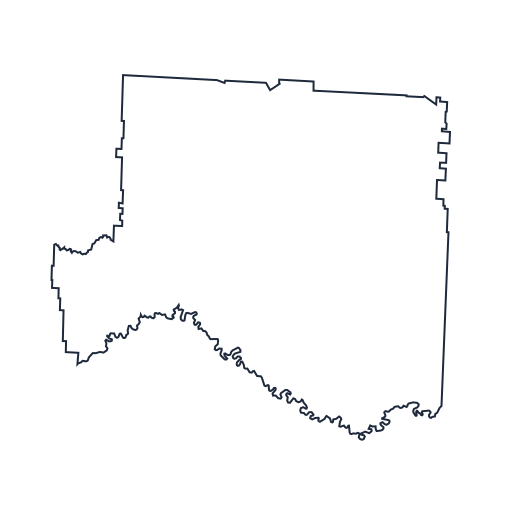 Berrigan, New South Wales, Australia, rotated 354°
{"feature_id": "25037944B79892386490083", "entity_name": "Berrigan", "entity_type": "district", "adm_level": 2, "iso_a3": "AUS", "parent_name": "Australia", "parent_adm1": "New South Wales", "projection": "equal_earth", "projection_center": [145.601, -35.752], "detail": "fine", "context": "isolated", "style": "outline", "palette": "slate", "viewbox_px": 512, "rotation_deg": 354, "n_neighbors": 0, "source": "geoboundaries", "source_scale": "gbopen_adm2", "svg_char_len": 6084}
<svg xmlns="http://www.w3.org/2000/svg" viewBox="0 0 512 512"><g transform="rotate(354 256 256)"><path d="M142.7,62.2L136.5,107.6L138.8,107.9L136.5,125.0L134.9,124.9L133.4,135.5L128.4,134.7L127.2,143.0L133.1,143.9L128.7,176.4L130.7,176.7L128.8,189.8L125.2,188.7L124.5,193.9L128.4,194.6L127.6,200.2L125.4,199.8L124.5,206.0L126.7,206.9L126.0,212.2L117.9,211.0L115.7,226.6L113.1,224.6L113.1,223.4L112.2,221.9L110.6,221.5L109.9,222.0L109.4,219.8L106.1,219.6L106.1,220.8L105.2,221.8L103.8,220.9L102.0,221.7L101.2,223.5L98.8,223.5L96.5,226.6L94.7,227.0L92.8,232.3L89.6,232.9L89.2,234.6L88.1,235.0L87.0,236.3L85.4,235.8L83.8,236.3L82.1,235.0L81.6,233.6L79.1,234.1L77.1,232.4L75.6,232.0L74.2,232.4L73.2,233.6L72.3,232.0L72.8,230.3L72.4,229.7L71.3,229.4L70.3,230.3L68.4,230.7L67.3,229.0L65.9,228.6L66.1,227.4L63.8,229.0L62.8,228.9L62.2,229.7L61.4,229.1L61.6,227.2L60.7,226.5L60.5,224.9L59.6,225.0L58.2,223.1L56.5,223.7L53.7,244.6L52.0,244.3L50.1,258.5L50.9,258.6L49.8,266.4L56.4,267.4L55.1,277.4L56.9,277.7L55.3,289.3L58.9,289.9L55.0,320.4L58.2,320.8L56.8,331.7L69.2,333.7L67.1,344.9L67.9,344.2L70.8,343.5L72.7,342.1L75.7,343.0L77.4,342.6L78.1,341.8L79.1,339.4L83.5,335.5L86.5,335.9L90.7,335.1L94.3,336.1L97.7,334.3L98.6,332.5L97.4,330.0L98.1,327.3L97.3,324.5L98.2,323.6L100.8,325.5L102.7,325.6L103.8,325.1L103.9,323.7L101.3,322.6L99.6,320.3L99.8,319.7L100.9,320.4L102.1,320.1L102.8,318.2L103.5,317.7L106.9,318.3L107.7,321.6L109.1,322.8L110.6,322.3L112.3,319.1L113.5,319.0L115.1,323.0L115.7,323.7L116.8,323.8L117.8,323.2L118.8,320.8L120.0,320.5L120.7,319.6L120.6,316.5L122.2,312.3L123.9,312.3L124.8,314.8L126.0,316.0L128.1,317.0L129.5,316.7L130.6,315.3L130.4,312.7L132.1,311.5L133.5,309.7L132.7,306.0L134.9,304.1L135.3,302.4L136.1,304.5L136.8,305.0L137.9,304.9L138.9,303.7L141.5,305.9L142.4,306.1L143.8,305.0L144.8,305.1L145.7,306.5L147.4,307.2L148.8,306.3L149.0,303.3L149.6,302.3L150.5,302.2L152.5,303.3L153.9,302.6L156.4,304.8L159.4,304.6L160.4,307.8L161.9,308.9L165.5,310.0L167.7,308.7L167.5,307.7L167.0,307.7L167.2,308.6L166.6,307.8L166.7,306.2L169.5,304.3L169.6,302.9L168.5,301.8L168.6,300.7L171.9,299.1L174.0,296.6L174.1,297.4L173.0,299.7L173.8,301.6L176.5,301.4L177.8,302.2L174.6,309.0L174.7,311.1L175.9,312.6L177.4,312.9L178.2,312.5L179.6,307.2L180.8,305.4L181.9,305.4L185.4,306.8L189.5,305.4L190.6,305.8L191.1,307.1L190.7,308.0L188.0,308.9L187.1,310.2L187.2,311.3L188.8,313.3L187.3,315.8L187.7,317.8L188.7,318.2L189.6,317.9L191.5,315.9L193.1,316.4L193.5,317.3L193.2,318.2L191.2,320.5L191.3,322.6L194.1,322.3L195.6,325.0L197.8,325.5L198.9,327.2L199.3,329.5L200.7,331.0L201.4,333.2L202.0,333.9L209.2,334.6L209.5,336.2L208.7,339.8L206.1,341.6L205.2,344.4L206.4,345.5L207.7,345.4L209.7,344.2L212.1,344.6L212.1,345.8L210.4,349.4L210.5,351.2L214.0,355.5L215.5,355.9L216.6,355.1L214.3,351.7L214.3,349.8L215.2,349.7L217.6,351.6L219.2,351.7L220.1,351.4L221.5,348.6L223.0,347.4L228.5,345.2L229.3,345.6L230.7,348.0L230.5,349.7L225.0,350.8L223.3,352.0L222.3,353.6L222.8,355.3L223.7,355.9L225.3,355.7L227.3,354.0L229.1,354.3L230.4,355.9L230.3,356.8L228.8,357.4L226.0,359.8L225.5,361.4L225.7,362.7L226.2,363.3L227.6,363.2L228.7,362.1L229.9,359.5L231.3,359.6L232.5,363.1L232.6,366.1L233.6,366.9L235.7,367.1L237.5,371.0L239.6,371.5L241.0,370.2L242.1,370.1L244.5,375.4L248.3,376.2L249.2,378.0L250.8,385.7L252.0,386.5L254.2,385.6L255.1,386.1L254.9,390.5L255.4,391.5L256.7,391.7L258.8,390.6L260.1,389.1L261.5,389.3L261.7,390.0L261.3,391.4L258.1,394.4L258.3,396.6L261.0,396.8L263.3,399.8L265.6,400.4L266.7,399.1L265.8,396.3L266.5,395.0L271.3,392.3L273.1,392.6L275.9,395.1L276.2,396.4L275.5,397.3L272.8,395.7L271.6,396.5L271.6,397.8L272.8,399.8L271.9,403.2L272.6,405.1L274.4,405.5L278.3,401.5L279.9,402.3L280.8,404.5L283.0,405.9L285.1,405.4L286.6,403.5L287.3,404.2L288.1,406.9L290.2,409.8L290.8,412.1L290.3,413.1L289.5,413.0L287.1,411.3L284.7,412.0L283.8,414.3L284.4,416.5L287.3,417.2L288.3,418.8L289.3,419.3L290.2,419.1L292.5,416.9L295.0,417.1L296.6,419.9L296.2,420.5L293.7,420.9L292.9,422.9L294.8,424.4L298.0,423.3L301.2,423.4L301.5,423.9L300.7,426.0L301.4,427.1L302.3,427.5L307.2,425.2L308.9,422.8L309.5,422.5L312.6,425.3L313.3,428.9L314.5,429.5L315.2,429.0L315.8,426.6L318.8,426.3L321.9,424.3L323.4,425.8L323.8,427.1L322.2,429.6L321.0,434.1L322.2,434.6L325.7,433.8L327.1,436.0L327.8,436.4L328.9,436.1L330.1,434.4L330.7,434.4L330.7,441.2L331.1,442.5L332.3,443.1L334.3,442.6L336.8,443.2L338.7,442.5L340.0,443.2L340.3,443.8L339.2,447.1L340.2,448.7L341.2,449.4L342.5,449.8L344.0,449.3L345.3,447.0L344.6,445.6L342.1,444.7L342.0,443.5L346.2,442.1L350.1,444.0L352.3,442.6L352.8,441.9L352.6,440.4L350.0,439.7L351.9,436.5L354.1,437.8L357.1,437.9L357.0,441.0L357.7,442.7L362.1,442.6L363.9,441.9L364.7,440.9L364.9,439.7L362.6,437.2L362.1,436.0L362.4,435.2L364.5,434.5L366.3,436.6L368.1,437.5L370.5,436.4L371.5,434.9L371.5,433.8L370.7,433.1L364.4,431.1L364.7,430.4L366.9,429.7L368.0,428.6L367.9,427.2L367.2,425.4L367.4,424.6L368.6,423.8L370.9,424.7L372.1,424.5L373.7,423.0L376.5,422.1L378.0,420.5L381.7,420.3L383.1,421.9L384.2,422.3L385.9,421.8L387.1,420.3L390.0,421.9L390.8,421.2L391.4,419.5L392.7,418.6L397.0,418.0L400.9,418.9L402.3,420.5L401.8,422.3L400.4,423.5L397.1,424.6L396.2,426.3L396.2,428.0L397.8,431.2L398.4,431.7L399.1,431.4L399.0,427.7L399.8,426.7L400.3,426.9L401.3,429.0L402.6,429.5L403.6,431.4L404.5,431.8L405.2,431.2L404.7,428.6L405.1,427.8L411.8,427.8L413.0,428.8L413.3,430.0L411.5,432.1L411.3,433.4L411.9,434.7L413.2,435.3L414.6,434.4L417.1,434.3L417.8,431.8L419.8,430.8L422.6,426.4L424.8,424.5L449.9,252.5L448.3,252.2L451.6,229.2L448.6,228.7L449.0,225.8L447.6,225.5L448.4,219.1L441.3,217.9L444.0,199.3L452.2,200.7L454.0,189.0L447.9,187.9L448.8,182.4L454.8,183.2L456.2,173.7L448.0,172.3L449.4,162.5L460.2,164.3L461.9,152.9L453.9,151.4L454.2,148.8L458.5,149.6L459.4,144.4L458.2,142.8L459.7,132.4L460.8,132.3L462.2,122.9L455.2,121.6L455.8,117.7L452.1,117.0L451.0,124.2L440.1,114.5L438.9,115.5L422.4,112.9L422.5,112.0L330.5,97.6L331.5,88.5L297.5,83.0L297.1,86.2L297.5,87.2L287.4,92.5L284.0,84.8L243.7,78.4L242.8,80.6L235.6,77.0L142.7,62.2Z" fill="none" stroke="#1e293b" stroke-width="2"/></g></svg>